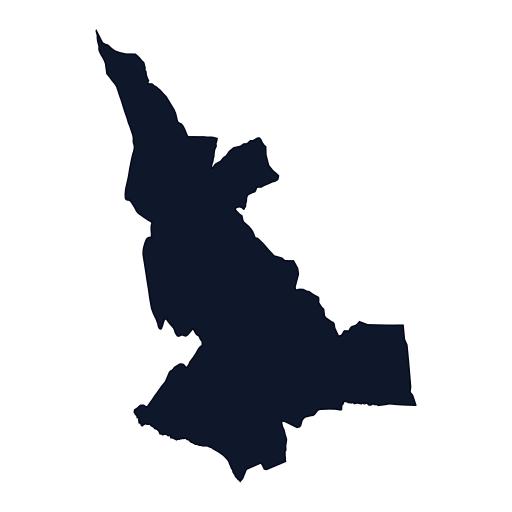 Ikela, Équateur, Democratic Republic of the Congo (Equal Earth projection)
{"feature_id": "63176286B75913983063727", "entity_name": "Ikela", "entity_type": "district", "adm_level": 2, "iso_a3": "COD", "parent_name": "Democratic Republic of the Congo", "parent_adm1": "Équateur", "projection": "equal_earth", "projection_center": [23.073, -0.987], "detail": "fine", "context": "isolated", "style": "filled", "palette": "ink", "viewbox_px": 512, "rotation_deg": 0, "n_neighbors": 0, "source": "geoboundaries", "source_scale": "gbopen_adm2", "svg_char_len": 6069}
<svg xmlns="http://www.w3.org/2000/svg" viewBox="0 0 512 512"><path d="M134.3,412.4L134.8,412.6L135.3,414.2L136.2,415.0L137.0,416.2L137.3,417.7L138.7,417.4L139.3,417.7L139.3,418.1L138.7,419.5L139.2,422.9L139.5,423.0L140.1,422.5L140.4,422.7L141.6,425.6L142.6,425.7L143.3,424.6L144.2,424.4L145.4,423.6L147.2,424.3L149.6,424.1L150.1,424.3L151.1,425.6L152.8,426.6L153.5,426.7L154.5,428.3L156.9,429.3L158.3,430.4L158.9,431.1L160.0,433.8L161.7,434.0L162.7,434.7L163.2,434.7L164.5,433.9L165.5,434.2L167.4,434.9L168.0,435.6L168.8,435.7L170.0,435.3L170.5,435.5L170.9,436.0L170.6,436.5L170.8,437.7L172.7,437.9L176.6,439.8L176.9,439.4L178.1,439.1L179.5,439.3L180.5,438.5L181.8,438.7L182.9,438.2L183.6,438.5L185.2,438.2L186.2,438.4L187.0,439.4L188.8,439.8L190.6,441.8L194.2,443.4L195.1,444.2L197.6,444.4L199.0,445.2L201.0,445.3L202.4,445.8L207.7,445.9L209.3,446.8L212.2,447.8L212.9,448.6L218.9,452.0L223.6,455.4L227.2,459.1L228.6,461.0L231.4,468.0L232.7,470.1L233.2,472.3L234.8,474.6L235.4,476.1L236.2,477.2L237.1,478.0L238.3,479.7L239.2,479.8L240.2,481.3L242.6,478.4L246.3,469.3L261.0,462.8L262.7,465.5L264.3,469.0L266.4,469.5L285.5,461.4L285.2,460.0L285.3,458.2L285.0,455.9L285.0,450.8L285.6,450.5L285.8,449.9L285.7,448.9L285.8,448.0L285.5,446.5L286.5,439.7L285.9,437.1L285.3,435.6L284.1,430.4L282.4,426.6L281.5,422.6L282.0,421.1L284.5,421.2L297.0,427.4L299.5,426.8L300.6,425.5L301.9,420.5L303.3,418.6L305.0,417.0L311.2,415.5L313.1,415.3L314.6,414.2L317.6,410.3L319.7,409.3L329.3,408.9L336.0,409.1L340.4,409.9L341.5,409.5L341.7,405.2L343.1,403.8L343.5,401.6L346.6,401.4L348.3,402.6L350.1,402.5L351.4,402.9L351.8,402.6L352.7,402.5L354.6,403.6L357.2,402.9L361.4,403.8L362.2,403.0L363.0,402.9L364.0,403.8L366.9,403.0L367.4,403.2L368.7,404.9L370.8,405.0L373.0,403.8L373.8,403.8L374.2,404.5L377.0,404.5L378.2,405.4L386.0,404.4L389.0,403.8L392.5,404.0L396.4,404.4L404.7,404.9L414.0,405.2L415.2,405.3L415.8,405.1L412.6,395.4L410.0,392.2L410.6,386.8L408.6,363.0L406.9,345.0L404.4,339.3L403.1,325.2L388.8,325.3L367.6,324.8L359.4,321.7L357.6,324.0L355.5,325.6L352.1,326.6L351.1,327.3L350.0,328.9L349.2,330.7L348.2,331.0L344.6,330.9L343.7,331.7L342.9,333.5L342.0,334.5L341.7,335.3L338.5,336.3L334.7,328.1L334.1,324.1L333.0,322.4L331.9,322.1L325.7,317.8L324.4,315.8L323.6,309.2L321.5,307.2L318.6,302.7L318.7,298.1L318.1,297.2L313.2,294.6L308.8,291.5L307.2,291.5L303.2,289.5L299.5,289.3L296.5,290.1L295.4,289.3L295.0,287.0L298.4,274.1L297.6,268.4L293.5,260.9L289.3,260.9L284.8,260.7L281.8,258.1L274.0,255.9L267.9,249.3L263.3,243.9L257.6,238.4L255.1,237.9L252.6,231.6L250.6,228.7L250.1,228.2L248.8,226.6L243.4,221.9L242.7,219.9L241.9,215.9L239.4,214.2L235.3,209.9L235.6,207.9L238.8,206.7L241.7,207.3L243.6,209.1L244.1,209.0L244.4,207.8L245.3,206.7L245.6,205.2L245.5,203.8L246.3,201.4L246.5,198.0L247.2,195.7L247.7,195.0L249.3,194.0L253.0,192.2L254.6,191.8L255.4,190.8L256.3,188.3L257.0,187.1L261.4,187.0L263.5,185.6L269.1,183.3L272.0,181.9L275.1,181.1L277.7,179.5L278.5,175.8L276.8,174.1L272.9,170.8L268.6,165.5L265.9,154.8L265.7,146.7L264.3,145.7L262.1,142.6L260.9,139.8L260.2,138.8L259.0,137.9L257.1,138.3L253.0,140.8L250.6,140.7L249.7,141.3L248.0,143.1L246.4,143.9L243.7,144.0L240.6,146.3L233.8,147.8L229.4,151.4L226.3,155.9L223.5,157.8L220.7,161.3L215.8,163.9L214.4,165.5L212.8,168.2L211.9,168.6L211.5,166.3L211.6,164.8L212.9,161.1L213.2,158.5L213.9,156.0L213.9,154.0L214.6,149.6L216.2,146.0L215.8,143.8L216.7,140.8L217.1,138.5L213.4,137.5L210.7,137.2L207.7,137.3L203.9,136.9L188.0,136.8L187.1,135.5L184.5,129.1L182.9,126.0L181.1,123.9L178.8,123.0L177.9,122.1L177.2,120.6L176.8,118.9L176.2,116.1L175.5,113.4L174.0,109.8L166.0,96.6L163.0,93.6L160.4,90.6L156.0,86.8L153.6,85.7L152.8,84.5L151.8,84.0L148.6,83.9L147.7,82.6L147.8,81.8L148.5,80.6L147.2,78.0L146.3,75.2L145.8,71.3L144.8,70.2L144.7,69.5L145.1,68.1L143.7,62.6L141.7,60.8L139.4,57.9L135.8,54.6L135.1,54.2L125.6,54.1L119.3,52.6L114.9,51.0L111.5,48.6L109.0,46.2L107.5,45.0L105.2,44.4L102.5,42.9L96.3,30.7L96.2,30.9L97.4,35.5L97.3,37.4L97.7,41.1L99.1,46.4L99.0,49.6L99.6,51.5L100.9,54.2L102.7,57.2L104.0,59.7L104.6,60.9L105.2,62.5L105.7,64.2L106.0,67.1L106.4,69.4L106.9,73.4L107.4,74.3L109.6,76.8L111.8,79.9L115.1,84.0L116.0,85.4L116.8,86.7L120.1,96.8L120.9,98.8L124.7,111.1L127.2,118.1L128.6,123.1L129.8,125.9L132.9,135.2L133.2,136.7L133.4,138.5L133.3,141.3L133.4,142.6L134.3,145.5L134.4,147.2L134.3,148.6L133.7,151.6L132.9,154.0L132.1,157.2L131.3,161.0L130.5,165.2L130.0,167.5L129.0,173.8L128.3,177.7L125.7,189.2L125.3,193.7L125.3,195.2L125.4,197.7L125.6,198.7L126.4,199.6L127.7,200.0L128.5,200.0L129.4,200.3L130.2,200.8L131.0,201.6L134.1,206.4L135.8,209.4L136.4,210.8L138.2,213.0L140.4,214.7L141.6,215.4L143.0,216.6L146.1,218.6L147.9,219.9L150.0,221.0L150.9,221.5L151.5,222.1L151.8,222.6L151.9,223.2L151.9,223.9L151.4,225.1L151.3,226.0L151.2,227.3L151.3,231.2L151.5,232.5L151.5,235.7L151.4,236.5L151.1,237.1L150.6,237.5L149.3,237.4L147.8,238.0L146.6,239.1L145.9,240.6L145.1,242.7L143.8,247.2L143.3,249.9L143.1,254.1L143.6,257.5L145.9,272.0L146.9,278.8L148.7,290.0L149.7,297.5L151.3,306.7L151.8,308.9L153.5,313.5L156.3,319.3L157.4,322.3L157.9,323.6L158.5,326.6L159.2,328.1L160.3,329.0L160.9,328.9L161.5,328.2L162.5,325.3L163.9,320.7L164.4,319.6L164.7,319.1L165.3,318.9L166.0,319.0L166.7,319.5L167.4,320.4L170.1,324.0L172.2,326.3L173.8,328.2L174.8,330.7L175.1,331.9L175.5,333.0L177.2,335.6L177.7,336.0L178.6,336.1L179.5,335.9L180.9,335.2L182.0,334.9L183.0,335.1L184.8,335.8L185.6,335.9L186.2,335.8L187.8,334.6L192.6,328.9L193.2,328.7L193.6,329.4L195.9,333.6L196.9,334.7L199.1,336.1L200.6,339.5L202.0,341.2L202.3,341.9L202.2,343.3L202.5,344.6L201.8,345.7L200.3,346.8L199.1,348.2L198.0,349.8L196.0,353.5L193.0,358.0L190.0,361.9L189.3,363.7L188.6,365.1L186.5,367.8L185.9,367.5L184.1,365.2L182.7,364.2L180.0,364.0L174.5,367.4L172.8,369.7L172.0,370.4L170.4,371.2L169.4,372.5L166.4,379.6L165.3,382.0L161.9,386.1L156.9,393.2L155.0,395.7L151.9,400.4L150.5,402.2L147.8,406.2L146.9,406.9L146.0,406.9L143.7,405.3L142.4,405.2L140.4,405.4L139.6,406.0L137.7,407.9L134.6,409.9L134.3,412.4Z" fill="#0f172a" stroke="#020617" stroke-width="1.5"/></svg>